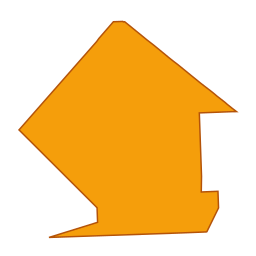 Mineral, Nevada, United States of America, rotated 178°
{"feature_id": "52423323B72214422766", "entity_name": "Mineral", "entity_type": "district", "adm_level": 2, "iso_a3": "USA", "parent_name": "United States of America", "parent_adm1": "Nevada", "projection": "robinson", "projection_center": [-118.71, 38.484], "detail": "fine", "context": "isolated", "style": "filled", "palette": "amber", "viewbox_px": 256, "rotation_deg": 178, "n_neighbors": 0, "source": "geoboundaries", "source_scale": "gbopen_adm2", "svg_char_len": 558}
<svg xmlns="http://www.w3.org/2000/svg" viewBox="0 0 256 256"><g transform="rotate(178 128 128)"><path d="M19.0,140.6L23.6,144.4L27.9,148.1L30.1,150.2L37.9,156.7L42.2,160.6L49.8,166.9L53.9,170.3L63.3,178.5L76.3,189.9L80.0,192.9L84.8,197.0L98.7,209.3L106.1,215.5L116.6,224.7L127.6,234.3L129.0,234.2L129.5,234.7L138.9,234.7L153.9,218.6L156.3,215.5L237.0,129.9L161.7,49.4L161.7,34.8L210.8,21.4L79.0,21.3L53.3,21.4L52.8,21.6L40.3,45.0L40.3,61.6L57.0,61.5L56.2,77.2L56.2,140.6L23.6,140.7L19.0,140.6Z" fill="#f59e0b" stroke="#b45309" stroke-width="1.5"/></g></svg>